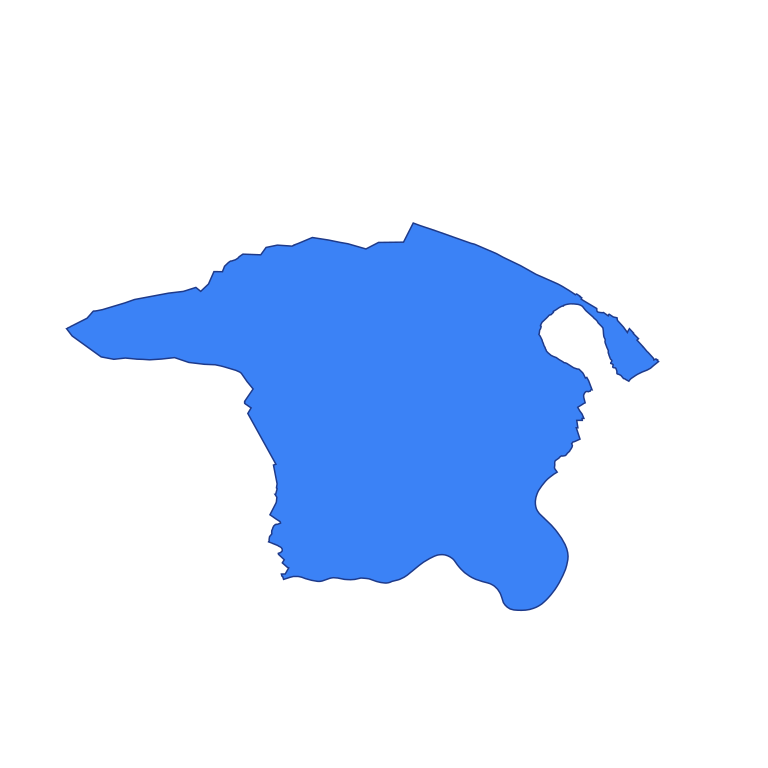 Brummen, Gelderland, Netherlands, rotated 44°
{"feature_id": "6326949B17971297076651", "entity_name": "Brummen", "entity_type": "district", "adm_level": 2, "iso_a3": "NLD", "parent_name": "Netherlands", "parent_adm1": "Gelderland", "projection": "albers", "projection_center": [6.134, 52.111], "detail": "fine", "context": "isolated", "style": "filled", "palette": "blue", "viewbox_px": 768, "rotation_deg": 44, "n_neighbors": 0, "source": "geoboundaries", "source_scale": "gbopen_adm2", "svg_char_len": 6098}
<svg xmlns="http://www.w3.org/2000/svg" viewBox="0 0 768 768"><g transform="rotate(44 384 384)"><path d="M124.3,533.4L124.3,534.8L124.5,538.1L124.7,543.0L118.8,559.9L118.4,561.4L117.6,563.4L117.5,564.4L117.3,564.7L126.3,566.1L161.7,561.0L172.5,553.9L179.9,545.0L189.1,537.7L193.4,533.8L198.6,529.4L206.7,520.5L215.0,510.5L228.6,504.1L241.1,494.6L248.9,487.7L249.0,487.4L249.4,487.3L254.2,484.3L256.7,482.9L261.3,480.5L267.9,477.1L272.0,475.6L273.9,475.4L283.9,477.4L293.3,478.5L295.8,493.3L296.3,493.4L296.5,494.1L296.7,494.3L297.2,494.4L297.3,494.7L298.5,494.6L305.0,493.5L306.5,499.8L362.0,516.8L360.8,519.1L376.5,530.1L378.6,533.2L378.9,533.2L379.0,533.5L379.9,533.6L383.0,539.2L382.3,539.0L382.2,539.1L385.6,539.9L388.5,543.6L388.7,544.0L389.1,545.0L392.8,557.3L400.2,556.1L404.7,555.2L405.4,555.4L406.2,555.9L406.0,556.4L404.9,558.8L404.4,559.5L404.2,559.5L403.4,560.6L403.4,561.0L403.5,561.7L403.3,562.5L403.4,563.2L403.8,564.0L403.9,564.6L404.5,565.7L405.1,567.4L406.5,569.0L407.4,569.7L407.7,573.2L407.9,573.6L409.3,575.6L410.3,576.5L410.6,577.7L419.7,574.0L420.9,573.8L422.7,573.2L424.0,573.1L425.5,573.5L426.7,574.7L426.7,576.9L426.3,577.9L425.6,579.2L425.8,579.5L426.5,579.8L434.3,579.7L435.1,583.3L441.8,583.0L443.2,582.5L444.5,587.7L444.9,589.3L442.2,592.0L444.0,593.1L445.1,593.0L447.5,594.3L450.2,589.3L450.5,588.6L452.5,585.4L455.8,582.2L456.8,581.5L459.1,580.1L462.6,578.6L468.3,575.5L472.9,572.4L473.7,571.8L475.1,570.4L476.4,568.6L480.0,561.4L481.0,559.9L482.1,558.5L485.5,555.7L491.3,552.0L493.3,550.3L495.9,548.0L498.7,544.9L502.1,539.7L503.1,538.8L506.3,536.2L508.6,534.5L515.9,531.2L519.6,529.0L522.4,526.9L523.7,525.8L525.1,524.1L526.0,522.6L526.9,520.4L530.1,515.3L531.0,513.6L532.7,509.0L533.5,505.4L535.3,490.0L536.2,484.6L538.1,477.7L539.8,473.0L541.2,470.1L542.2,468.7L543.6,467.1L544.7,466.0L546.7,464.5L549.2,463.3L551.7,462.5L554.7,462.0L557.0,462.1L562.3,463.1L565.5,463.5L568.4,463.7L573.0,463.7L579.0,462.8L581.8,462.1L585.6,460.8L592.1,457.7L596.7,455.1L599.1,453.9L601.8,453.1L603.9,452.7L608.2,452.7L612.2,453.6L613.9,454.2L617.3,455.9L621.7,458.3L624.7,458.9L627.6,458.9L631.0,458.2L634.4,456.3L637.4,453.8L640.2,451.2L643.0,448.2L645.4,445.0L647.3,441.6L648.5,439.0L649.2,437.0L649.7,435.2L650.3,432.5L650.6,428.9L650.7,426.6L650.7,424.2L650.5,419.8L650.1,416.1L649.7,412.8L648.9,408.8L648.0,404.9L645.6,397.2L643.3,391.2L641.3,387.4L638.3,382.7L636.1,380.1L633.3,377.7L629.8,375.5L625.8,373.7L618.9,371.6L611.9,370.3L608.5,369.8L602.5,369.3L585.7,369.3L582.5,368.7L580.3,367.9L578.4,366.8L576.3,365.2L574.3,363.2L572.1,360.1L571.1,358.1L570.2,356.2L569.4,354.0L569.0,352.3L568.2,347.5L567.7,341.8L567.7,338.9L568.0,336.1L568.8,330.9L569.8,327.1L566.0,326.4L565.0,326.0L564.6,325.6L563.1,323.6L561.7,322.3L560.9,321.3L560.7,320.9L560.5,320.1L560.8,318.4L561.3,315.9L561.2,314.3L561.5,312.8L561.6,312.4L562.6,311.7L564.1,309.6L564.3,308.3L564.0,306.5L564.2,303.4L563.9,302.6L563.7,301.1L563.1,298.8L562.3,297.4L560.3,296.5L560.4,296.0L560.2,294.5L560.4,294.1L561.0,293.2L561.3,292.5L563.3,287.5L552.9,282.0L552.7,281.9L553.9,280.8L547.9,276.3L551.9,272.4L550.4,271.2L551.7,269.9L547.3,268.0L543.7,267.4L539.5,266.2L541.0,260.4L541.2,259.2L541.8,257.8L538.0,255.5L536.9,254.8L535.5,253.5L535.3,253.2L534.8,251.9L534.5,250.5L534.5,249.4L534.8,248.8L535.5,248.1L536.4,247.6L536.7,246.8L537.3,245.9L537.0,244.9L536.9,244.0L537.6,243.6L528.9,239.5L525.3,238.4L524.7,239.8L521.0,238.4L519.1,237.9L514.0,237.9L512.5,239.0L509.1,240.6L501.2,242.2L500.0,242.7L498.4,243.7L497.4,243.7L493.0,244.8L489.6,245.3L486.6,246.6L484.0,247.4L483.4,247.4L480.4,247.6L478.1,247.5L476.7,246.8L475.3,246.4L474.8,246.0L473.4,245.5L472.5,245.3L470.3,244.1L468.3,243.3L467.3,242.6L463.1,241.1L460.9,240.7L460.5,239.7L458.7,237.3L458.4,236.6L458.3,235.7L457.6,234.3L456.9,233.3L456.2,233.5L455.8,233.1L454.8,229.8L455.1,223.9L455.1,221.4L455.0,220.0L455.3,219.1L455.5,218.7L455.9,218.4L456.0,218.0L456.1,214.9L456.0,214.6L455.4,214.3L455.4,214.0L456.3,210.6L456.8,207.9L457.7,205.0L458.3,203.8L458.7,203.6L458.9,203.2L458.6,202.7L459.7,200.5L460.7,199.0L462.1,197.2L464.7,194.7L468.3,191.9L469.5,191.3L470.6,190.8L472.8,190.3L477.1,190.9L478.6,191.0L487.9,190.6L489.7,190.8L491.1,190.6L492.1,190.6L493.8,190.7L495.6,191.3L500.6,191.4L502.5,191.6L504.6,193.2L507.0,195.4L508.7,196.8L509.9,197.5L511.9,198.2L512.4,198.6L512.7,198.8L513.4,199.9L514.6,200.8L519.0,202.9L522.1,204.1L523.7,205.9L524.7,206.2L525.5,206.8L526.1,207.1L529.5,208.7L531.1,208.7L531.8,209.0L532.2,210.0L532.4,211.2L532.6,211.5L532.8,211.7L534.6,210.9L535.3,210.9L535.5,211.0L536.5,212.6L536.8,212.9L537.2,213.0L538.1,212.6L539.2,211.7L539.7,211.6L541.9,212.6L543.2,213.5L543.9,214.4L544.6,214.7L544.9,214.7L546.1,214.0L548.3,213.3L549.0,213.3L552.5,213.7L553.6,213.0L554.6,212.9L558.2,211.9L558.0,210.8L557.9,209.3L558.0,208.2L559.0,203.4L559.6,201.0L561.4,196.0L563.6,191.2L564.7,187.7L564.8,187.1L565.1,183.5L565.9,177.1L563.7,177.1L563.8,176.7L562.2,177.1L561.4,179.2L560.4,178.5L559.5,178.3L552.0,177.8L550.8,177.9L544.3,177.2L544.2,177.4L543.7,177.2L535.5,176.7L535.6,174.6L528.3,174.5L528.2,174.0L522.1,173.7L522.7,176.3L523.3,177.9L516.7,176.7L507.8,176.1L505.6,174.5L502.4,176.5L497.5,177.4L497.4,177.6L497.4,177.9L497.9,179.2L492.2,180.1L491.7,180.9L489.7,182.5L487.9,183.7L486.4,183.6L484.6,181.9L471.0,185.1L466.9,186.0L466.4,184.6L464.2,185.1L464.2,184.7L460.1,185.4L459.8,185.9L459.7,186.8L458.7,187.1L458.3,187.0L452.6,188.1L444.9,189.8L443.0,190.3L439.8,191.2L417.2,199.5L400.0,204.0L381.6,210.1L374.6,212.0L352.1,220.5L349.6,221.9L349.6,222.0L315.2,237.7L299.4,245.2L293.2,247.9L299.5,268.4L281.7,286.0L277.2,299.4L260.6,308.2L253.8,312.8L244.2,318.9L230.7,328.4L224.7,342.4L222.8,346.4L223.0,346.4L222.0,348.8L220.4,350.1L210.8,358.2L204.3,367.7L205.6,376.7L192.3,388.6L191.4,393.1L191.5,395.1L190.8,397.9L188.8,401.6L188.2,402.2L187.7,404.7L187.5,410.1L188.0,411.2L189.4,414.6L189.8,415.4L183.6,421.3L188.3,434.0L187.8,444.7L181.6,445.2L175.3,456.8L165.9,468.3L145.8,496.6L141.2,505.8L129.8,526.1L126.9,530.3L125.5,532.2L124.3,533.4Z" fill="#3b82f6" stroke="#1e3a8a" stroke-width="1.5"/></g></svg>